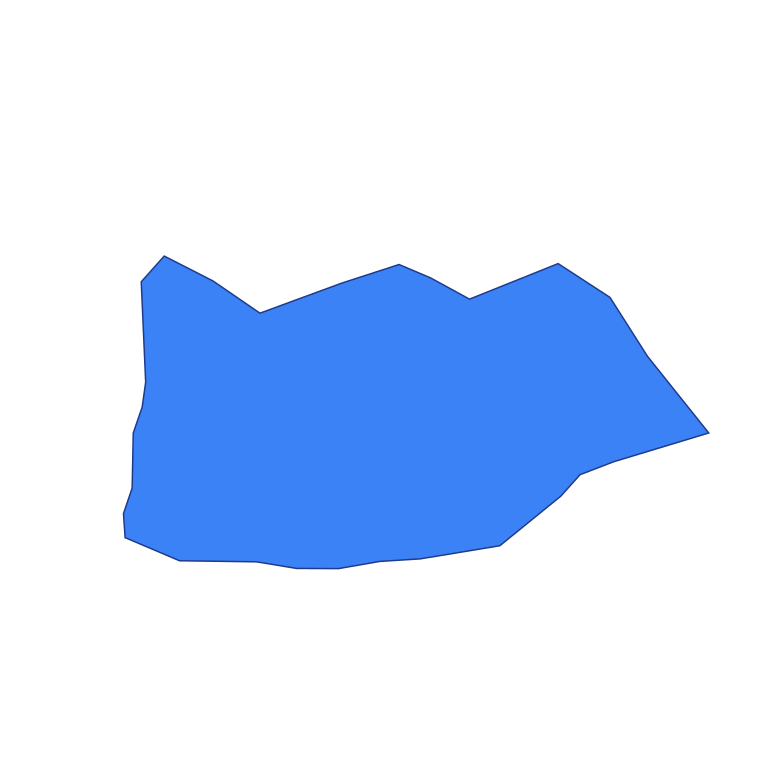 the border of Bukedea, rotated 72°
{"feature_id": "UGA-5591", "entity_name": "Bukedea", "entity_type": "District", "adm_level": 1, "iso_a3": "UGA", "parent_name": "Uganda", "parent_adm1": "", "projection": "equal_earth", "projection_center": [34.118, 1.359], "detail": "fine", "context": "isolated", "style": "filled", "palette": "blue", "viewbox_px": 768, "rotation_deg": 72, "n_neighbors": 0, "source": "natural_earth", "source_scale": "10m", "svg_char_len": 517}
<svg xmlns="http://www.w3.org/2000/svg" viewBox="0 0 768 768"><g transform="rotate(72 384 384)"><path d="M405.2,655.7L353.1,637.6L331.2,621.1L308.6,610.1L211.8,583.3L194.4,553.5L233.3,514.7L278.3,480.1L275.0,393.5L275.0,332.8L297.6,306.8L329.7,276.5L323.3,181.2L371.5,142.3L439.0,124.9L530.9,90.3L528.9,189.7L530.8,225.5L545.3,250.5L573.6,323.8L561.5,403.6L551.4,443.0L545.5,484.4L532.4,524.1L513.7,560.3L488.9,633.1L450.1,677.7L426.7,671.8L405.2,655.7Z" fill="#3b82f6" stroke="#1e3a8a" stroke-width="1.5"/></g></svg>